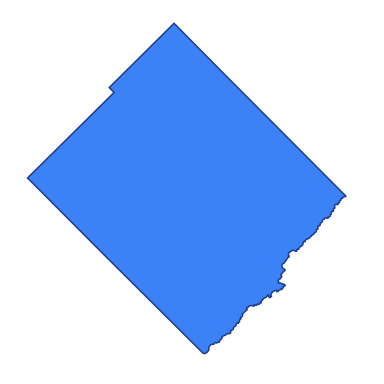 Cass, North Dakota, United States of America (Robinson projection), rotated 45°
{"feature_id": "52423323B23065259017698", "entity_name": "Cass", "entity_type": "district", "adm_level": 2, "iso_a3": "USA", "parent_name": "United States of America", "parent_adm1": "North Dakota", "projection": "robinson", "projection_center": [-96.825, 46.935], "detail": "fine", "context": "isolated", "style": "filled", "palette": "blue", "viewbox_px": 384, "rotation_deg": 45, "n_neighbors": 0, "source": "geoboundaries", "source_scale": "gbopen_adm2", "svg_char_len": 3834}
<svg xmlns="http://www.w3.org/2000/svg" viewBox="0 0 384 384"><g transform="rotate(45 192 192)"><path d="M65.8,298.4L171.7,298.6L178.5,298.6L242.3,298.4L247.9,298.4L313.5,298.2L315.5,297.2L315.6,295.9L315.9,295.2L316.0,294.3L315.6,291.7L313.9,290.2L313.3,288.5L313.4,286.0L314.7,284.7L315.1,283.6L314.7,282.7L314.9,282.0L315.0,281.8L316.1,281.5L316.4,281.0L316.3,280.2L317.4,279.1L317.4,278.5L317.2,278.2L316.6,278.0L316.4,277.0L316.7,276.4L316.7,275.4L316.4,273.8L315.5,272.9L315.5,272.6L316.9,269.4L317.0,268.2L317.3,266.8L318.6,265.9L318.8,264.3L318.6,263.7L318.2,263.4L317.4,262.4L318.1,260.9L318.2,259.6L317.3,258.9L317.1,257.8L317.3,256.9L317.6,256.3L317.6,255.4L316.5,254.1L316.5,253.5L316.9,252.6L317.3,252.5L317.6,252.1L317.0,251.4L317.0,250.8L317.4,250.5L317.4,250.3L317.2,249.9L316.2,249.0L316.0,248.3L316.3,247.3L316.1,246.8L315.2,246.6L315.1,246.4L315.0,245.8L315.5,244.7L315.4,244.0L314.9,243.3L314.4,242.8L314.0,242.5L313.8,241.9L314.2,236.3L314.0,236.0L312.6,235.4L312.3,235.0L312.4,234.7L312.9,234.3L313.2,233.6L313.0,232.6L312.9,232.1L313.6,231.2L315.3,229.3L316.0,229.4L316.4,229.3L316.5,228.9L315.9,227.7L316.0,227.4L317.1,227.1L317.6,226.5L317.7,225.9L317.5,225.4L317.5,225.0L317.6,224.8L318.5,224.6L318.8,224.3L318.8,223.8L318.5,223.2L318.7,222.5L319.2,221.7L319.2,221.3L318.8,221.0L318.3,220.8L318.0,220.4L318.0,219.3L318.3,218.8L318.3,218.4L318.2,217.9L317.8,217.2L317.8,216.5L318.4,215.6L318.8,213.6L318.8,212.5L318.5,212.1L318.2,211.3L318.5,211.0L319.8,211.4L321.0,212.0L321.4,211.9L321.8,211.2L322.1,209.8L321.9,209.4L321.4,209.4L320.9,209.7L320.4,209.4L319.5,205.6L320.4,202.9L321.2,201.7L322.1,202.3L322.6,202.3L323.2,200.8L323.1,199.7L323.4,198.2L324.4,197.7L324.4,197.3L324.0,196.9L323.9,196.8L323.8,196.3L323.9,195.8L324.3,195.1L323.7,194.6L323.6,194.2L323.6,193.9L324.1,192.9L324.1,192.4L323.7,192.0L323.3,191.9L319.9,193.3L318.5,194.2L317.7,195.2L317.1,195.1L316.7,194.0L315.7,193.8L315.5,193.7L315.3,193.2L315.3,192.1L315.8,191.0L315.3,188.6L315.0,188.0L313.6,187.9L313.2,187.6L313.3,185.6L313.1,185.1L313.0,183.4L313.3,182.3L313.2,181.7L312.6,181.1L312.2,181.1L310.2,181.8L307.5,180.6L306.9,179.9L306.8,179.3L307.4,177.3L307.4,177.1L306.7,172.6L306.1,171.5L306.1,170.5L306.5,169.9L306.5,169.2L305.6,168.5L305.3,168.6L304.1,167.7L303.4,166.9L303.3,166.5L303.3,166.1L303.6,165.7L303.9,163.9L303.7,163.6L304.7,161.7L305.6,161.1L307.5,160.5L307.9,159.9L307.8,159.5L307.0,158.7L306.9,158.2L307.0,157.7L307.7,157.3L307.8,156.8L307.7,156.1L307.2,155.4L307.1,154.7L307.7,152.8L307.6,150.7L306.7,149.7L306.1,148.4L306.2,147.7L306.8,147.5L307.0,147.2L306.9,146.7L306.4,146.2L306.2,144.5L306.3,144.2L307.0,143.7L307.1,143.4L306.9,142.6L307.5,141.9L307.6,140.9L307.3,140.5L307.2,140.0L307.7,138.6L307.2,137.9L307.4,137.3L307.8,136.6L307.8,135.0L307.4,134.5L307.4,134.0L307.9,132.8L307.9,132.2L307.7,131.8L306.9,131.3L306.6,130.9L306.8,130.2L307.2,129.5L307.0,128.8L305.3,127.3L305.2,126.8L305.5,126.3L305.9,126.1L306.0,125.6L306.1,124.8L305.2,124.0L304.9,123.3L305.2,122.2L305.2,121.5L305.0,120.4L304.2,119.6L303.9,119.0L304.6,118.0L304.6,117.4L304.3,117.0L304.2,116.7L305.1,115.5L306.6,114.7L306.7,114.4L306.6,114.2L306.1,113.7L306.0,113.4L306.2,113.0L306.7,112.4L306.8,111.6L306.1,110.9L306.2,109.6L305.9,109.1L304.7,108.1L304.6,107.7L304.7,107.3L305.4,106.3L305.5,105.8L305.4,105.4L305.1,105.0L304.5,104.8L304.2,104.4L303.9,103.8L303.9,103.5L304.3,102.6L304.2,102.3L303.7,101.6L302.7,101.1L302.3,100.7L302.1,100.1L302.2,99.5L302.4,99.0L303.8,98.0L304.0,97.7L303.6,97.1L303.1,96.8L303.1,96.5L303.6,95.8L303.6,95.4L303.6,94.9L302.8,93.8L303.0,92.7L302.9,92.1L302.3,91.7L302.0,91.1L302.1,90.7L303.0,90.1L303.0,89.9L302.5,89.2L302.5,88.3L302.9,87.5L303.6,87.2L303.8,86.8L303.8,86.3L303.6,86.1L131.1,85.8L60.0,85.4L59.6,176.7L66.5,176.7L65.8,298.4Z" fill="#3b82f6" stroke="#1e3a8a" stroke-width="1.5"/></g></svg>